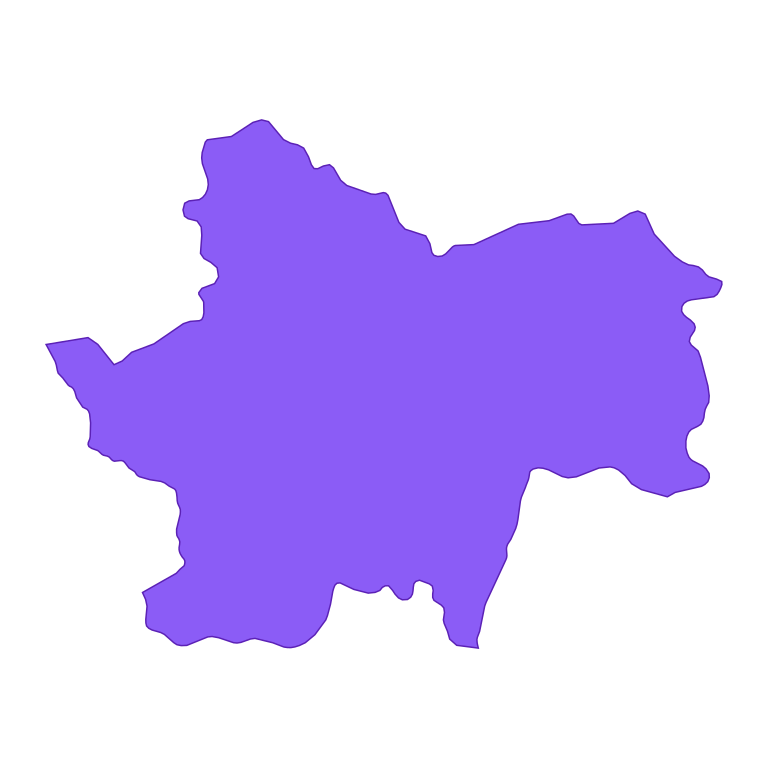 SVG path tracing the border of Saône-et-Loire
{"feature_id": "FRA-5339", "entity_name": "Saône-et-Loire", "entity_type": "Metropolitan department", "adm_level": 1, "iso_a3": "FRA", "parent_name": "France", "parent_adm1": "", "projection": "mercator", "projection_center": [4.488, 46.664], "detail": "fine", "context": "isolated", "style": "filled", "palette": "violet", "viewbox_px": 768, "rotation_deg": 0, "n_neighbors": 0, "source": "natural_earth", "source_scale": "10m", "svg_char_len": 4280}
<svg xmlns="http://www.w3.org/2000/svg" viewBox="0 0 768 768"><path d="M114.0,364.7L122.2,361.0L131.6,352.3L153.9,343.9L183.3,323.7L190.2,321.4L199.4,320.7L201.7,319.6L203.2,316.7L203.9,312.7L203.7,302.5L203.4,301.3L198.9,294.4L198.8,292.6L202.0,288.3L214.6,283.6L218.6,276.9L217.1,267.7L210.9,262.4L204.0,258.5L200.5,253.4L201.8,235.3L201.2,226.9L197.1,221.0L188.1,218.7L184.5,216.2L183.0,209.9L184.7,203.2L189.1,200.9L199.3,199.7L202.6,197.5L205.4,194.2L207.4,189.8L208.3,184.6L207.7,179.0L202.4,163.7L201.7,157.9L202.2,152.5L205.3,142.1L207.3,139.8L231.4,136.5L253.0,122.4L261.6,119.9L268.5,121.6L283.5,139.6L290.6,143.2L297.5,144.8L303.7,148.1L308.5,156.8L311.4,164.8L314.1,168.6L317.8,168.7L323.4,166.0L329.5,164.7L333.5,167.9L340.7,180.3L346.8,185.5L371.0,194.0L375.6,194.4L383.3,192.6L385.7,193.1L388.0,195.3L398.9,222.4L405.1,229.2L425.7,235.9L429.9,243.7L431.9,252.6L433.9,255.3L437.7,256.5L442.2,256.0L445.7,253.9L452.4,247.0L453.9,246.0L455.3,245.5L473.9,244.6L518.4,224.3L549.1,220.7L567.0,214.2L571.0,214.0L573.7,216.0L578.8,223.4L581.8,224.9L613.5,223.3L629.9,213.4L637.8,211.0L645.2,214.1L654.2,234.1L674.5,256.3L682.3,261.9L688.6,264.9L693.2,265.5L698.4,266.9L702.4,270.0L705.7,274.3L708.8,276.8L716.6,279.1L721.7,281.5L721.9,284.5L720.8,287.7L719.2,291.1L717.1,294.4L713.9,296.7L691.4,299.8L687.3,301.0L684.0,303.3L681.9,306.6L681.6,311.2L683.6,314.6L686.6,317.4L690.3,320.0L694.1,323.8L695.2,327.2L694.5,330.5L690.2,337.2L689.3,341.6L691.3,345.1L698.1,351.0L700.5,357.4L707.9,386.0L709.2,395.8L708.7,402.4L706.8,405.8L705.2,409.3L704.4,413.1L703.9,417.6L702.8,421.1L700.9,424.2L697.8,426.2L691.3,429.4L688.8,432.0L686.9,436.1L685.9,441.0L685.9,447.9L687.2,453.1L689.0,457.3L690.8,459.4L692.6,460.8L702.7,466.0L706.0,468.8L709.1,473.5L709.3,477.7L707.8,481.6L704.9,484.4L701.5,486.3L675.2,492.4L667.4,496.8L641.4,489.6L631.6,483.7L625.1,475.5L618.6,470.0L614.2,467.8L610.1,466.9L599.0,468.0L576.4,476.8L568.1,477.8L562.2,476.5L548.5,469.8L542.9,468.2L538.1,467.8L533.2,469.0L531.0,470.5L529.8,472.0L529.7,472.6L528.9,477.5L528.4,479.6L526.1,485.4L525.4,487.5L521.5,496.9L520.9,499.0L520.4,501.1L517.9,519.5L517.0,524.2L515.7,528.5L510.8,539.4L507.7,544.1L507.0,545.9L506.5,547.9L506.5,549.9L506.8,553.8L506.9,555.8L506.6,557.8L505.9,559.7L486.0,602.5L484.7,606.1L479.6,631.4L477.4,637.2L476.9,639.4L477.1,642.4L477.4,644.2L478.3,648.1L456.7,645.3L449.7,639.1L447.5,631.3L444.2,623.5L443.4,619.9L444.5,612.4L443.8,607.8L441.3,605.1L434.0,600.4L432.7,597.5L432.7,594.0L433.2,590.5L432.3,586.1L429.4,583.9L419.5,580.2L415.8,581.4L413.9,583.7L413.3,587.2L413.0,590.8L412.4,594.1L410.7,597.2L407.5,599.5L402.3,599.8L398.5,597.9L395.1,594.2L392.6,590.4L388.6,585.8L385.3,585.8L382.3,587.4L379.9,590.4L375.1,592.4L368.2,593.1L353.8,589.4L340.1,582.9L337.0,583.2L334.9,585.2L333.7,588.2L332.8,591.3L330.5,604.2L327.5,615.4L325.8,619.9L314.9,634.7L305.3,642.7L299.4,645.5L294.9,646.9L290.8,647.6L287.3,647.5L283.9,647.0L272.6,642.7L255.0,638.4L250.5,639.0L240.9,642.4L237.0,643.0L233.6,642.7L218.6,637.7L212.1,636.5L207.8,636.9L186.8,645.4L181.2,645.6L176.9,644.7L173.8,642.7L164.4,634.4L160.7,632.5L152.0,630.0L148.8,628.3L146.6,626.0L145.9,623.0L145.8,619.5L147.0,606.8L147.0,606.0L146.8,605.0L145.6,599.4L142.5,592.5L176.3,573.3L179.9,569.4L184.2,565.7L184.6,564.2L184.9,562.5L184.8,560.9L184.3,559.7L183.7,558.7L182.5,557.4L181.2,555.4L180.2,553.6L179.5,551.7L179.1,549.7L179.1,547.4L179.6,544.4L179.8,541.9L179.3,540.0L178.6,538.4L177.6,536.9L176.9,535.4L176.6,532.7L176.6,529.1L180.2,514.3L180.4,511.8L180.3,509.4L179.4,506.9L178.5,505.1L177.7,503.2L177.2,500.6L177.0,497.0L176.5,492.9L175.8,490.6L174.9,489.3L173.9,488.6L169.1,486.1L164.7,482.9L161.0,481.4L149.9,479.7L139.4,476.7L137.9,475.8L136.6,474.6L135.2,472.3L134.5,471.5L129.0,468.0L125.0,462.7L123.5,461.2L121.7,460.6L119.8,460.6L114.3,461.2L112.6,460.5L111.4,459.5L110.2,458.1L109.0,456.9L107.3,456.1L103.4,455.2L101.9,454.3L98.6,451.2L97.6,450.5L91.7,448.4L88.9,446.5L88.1,444.5L88.3,442.6L89.8,438.9L90.2,436.7L90.6,422.9L89.6,413.9L88.5,411.0L87.1,409.3L82.7,407.1L76.6,397.9L74.8,391.6L73.3,388.7L71.5,387.0L69.6,386.2L68.2,385.1L64.0,379.6L63.0,378.2L58.2,373.2L57.4,370.6L56.3,365.0L55.2,361.5L46.1,344.5L88.0,337.6L97.8,344.4L114.0,364.7Z" fill="#8b5cf6" stroke="#5b21b6" stroke-width="1.5"/></svg>